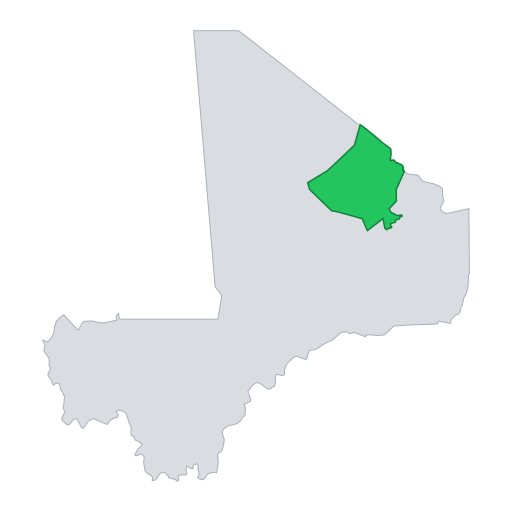 location of Tessalit, Kidal, Mali
{"feature_id": "8926073B10282848961107", "entity_name": "Tessalit", "entity_type": "district", "adm_level": 2, "iso_a3": "MLI", "parent_name": "Mali", "parent_adm1": "Kidal", "projection": "natural_earth1", "projection_center": [1.279, 20.161], "detail": "fine", "context": "in_parent", "style": "filled", "palette": "green", "viewbox_px": 512, "rotation_deg": 0, "n_neighbors": 0, "source": "geoboundaries", "source_scale": "gbopen_adm2", "svg_char_len": 5630}
<svg xmlns="http://www.w3.org/2000/svg" viewBox="0 0 512 512"><path d="M64.7,412.8L64.9,410.6L63.2,409.0L63.1,408.2L64.2,401.6L64.1,399.9L64.9,396.6L63.7,395.1L63.5,394.0L60.8,389.7L60.1,386.0L58.7,383.6L55.5,382.9L54.3,384.9L53.6,385.2L52.4,383.8L52.0,382.5L52.0,381.3L48.0,375.6L48.3,372.6L49.8,370.9L50.5,368.3L49.0,365.3L49.3,362.3L49.1,358.3L46.7,354.7L45.2,353.1L43.8,350.6L45.0,344.9L42.6,340.0L47.2,341.9L49.3,340.1L51.5,337.6L53.3,334.4L54.1,330.3L54.5,326.8L56.4,321.3L58.6,318.7L63.2,314.9L64.4,315.3L71.6,323.4L75.7,327.5L77.2,329.6L78.6,329.7L80.7,325.7L82.9,322.3L83.9,321.4L91.2,320.9L95.1,321.6L98.5,322.6L103.4,322.9L116.2,320.3L116.4,318.7L116.2,316.8L116.8,315.3L117.8,314.0L118.7,313.7L119.1,318.3L120.1,319.0L123.2,319.2L217.8,319.2L221.9,295.3L215.1,286.7L193.6,30.7L238.5,30.7L246.2,36.5L389.8,149.1L390.5,152.7L390.3,157.7L391.4,159.2L393.5,160.9L401.7,165.7L402.3,166.6L402.6,168.6L403.6,171.1L405.3,172.5L407.4,173.5L409.8,174.3L417.3,175.0L418.9,176.2L422.1,180.6L423.8,181.5L433.9,183.9L437.1,185.1L440.7,187.1L442.5,188.9L442.5,195.9L443.9,200.4L443.9,201.6L442.3,203.4L441.9,204.8L440.1,208.4L440.5,209.8L444.0,212.5L445.7,213.3L447.7,213.3L468.9,208.6L469.4,273.7L468.5,274.7L468.1,286.3L466.5,293.1L463.8,298.1L462.1,305.6L461.0,307.0L460.3,311.3L458.7,313.8L456.0,314.8L451.1,319.6L450.7,323.4L439.2,321.3L438.4,321.3L437.9,321.8L437.7,323.9L408.2,325.1L393.7,326.0L384.6,334.8L378.7,335.6L371.3,334.9L367.5,334.8L366.0,335.3L365.8,336.9L354.0,332.4L349.7,333.8L349.0,333.4L348.4,332.4L346.3,331.9L342.9,332.1L340.5,332.8L333.0,339.7L329.0,341.4L321.5,345.6L316.3,349.1L314.4,349.8L311.5,349.9L309.1,350.7L306.9,358.6L305.4,359.4L296.5,356.2L294.7,356.7L293.2,357.6L288.2,362.3L285.7,366.0L284.3,371.0L284.6,374.2L283.7,375.2L281.4,375.5L277.3,374.4L276.0,374.9L275.4,377.3L275.5,382.7L274.5,386.3L272.1,387.4L270.2,388.9L268.7,389.3L267.4,388.9L260.3,383.5L257.8,382.6L255.1,383.2L252.5,385.5L247.9,391.2L248.4,393.2L249.6,395.6L250.5,398.5L250.5,401.1L243.9,404.7L245.4,407.5L245.2,414.9L242.1,418.2L241.0,420.4L238.1,422.8L235.5,424.1L227.5,426.1L224.3,428.4L222.8,430.3L222.4,432.3L222.7,434.7L224.3,439.5L223.7,444.0L222.4,449.1L221.1,451.4L217.4,454.1L217.9,457.4L218.2,462.3L217.6,468.5L216.4,472.7L215.6,472.3L212.0,472.5L208.1,473.8L206.7,474.9L206.4,476.3L203.1,479.7L200.9,479.5L198.9,478.6L197.8,477.7L197.7,477.2L199.0,474.4L199.1,473.5L197.8,468.7L198.1,467.5L197.6,463.9L197.3,463.7L193.0,465.3L192.8,466.0L193.5,468.3L193.0,468.7L191.5,468.6L189.4,467.9L187.1,465.8L186.5,466.4L186.2,468.1L186.1,470.1L186.6,473.7L186.0,475.0L182.4,474.8L179.3,475.3L178.6,476.6L178.2,478.0L178.9,479.6L178.8,480.3L177.5,481.3L177.0,481.2L175.3,479.5L168.6,477.8L168.0,475.3L167.2,475.3L165.1,472.3L164.2,472.4L163.4,472.9L160.9,472.7L158.6,475.3L156.8,478.5L155.0,480.0L152.2,480.7L152.7,478.7L151.8,475.9L146.0,472.4L145.1,470.9L143.7,462.9L143.8,460.6L144.2,458.5L144.1,456.9L143.4,455.6L141.7,454.4L139.9,453.9L137.6,455.5L136.4,455.7L135.4,455.6L134.9,455.1L135.0,454.3L137.5,450.0L138.7,448.2L141.2,446.1L141.9,445.1L141.9,444.3L141.7,443.7L140.1,442.9L137.6,440.9L136.2,440.7L135.1,439.8L133.9,436.7L133.3,436.1L132.1,435.7L131.0,435.0L131.2,427.4L128.8,421.8L126.6,414.6L125.5,412.9L123.5,411.5L121.1,410.5L118.9,410.2L116.4,411.0L116.4,411.7L117.8,414.0L118.0,415.3L117.8,416.5L117.3,417.4L114.0,418.2L109.5,420.8L108.0,423.8L107.0,424.2L105.2,423.8L93.5,418.6L88.5,420.9L85.3,425.4L84.5,426.9L83.0,428.1L82.1,428.2L81.3,427.3L77.9,420.5L76.4,418.9L74.6,418.8L73.0,419.9L71.3,422.2L69.2,424.3L67.9,425.0L66.7,424.6L61.9,420.0L61.7,419.1L63.9,413.7L64.7,412.8Z" fill="#d9dde1" stroke="#a8b0b8" stroke-width="1"/><path d="M367.4,230.6L380.4,220.6L383.0,218.5L384.8,228.2L386.8,229.7L388.4,228.3L390.2,228.1L391.4,227.7L391.8,227.1L390.8,226.0L390.5,223.7L395.4,222.2L395.7,220.2L397.4,219.3L399.4,218.9L400.0,216.9L402.1,216.3L402.1,215.6L401.1,214.9L399.0,215.3L397.3,215.6L396.2,215.3L395.2,214.3L393.8,213.7L391.1,212.5L389.2,208.7L396.4,201.1L396.2,189.7L404.4,171.3L404.3,171.2L404.2,171.1L403.8,170.8L403.6,170.6L403.3,170.3L403.2,170.3L403.3,170.2L403.2,169.8L403.2,169.7L403.3,169.6L403.4,169.4L403.3,169.1L403.2,169.1L403.1,168.9L403.1,168.6L403.2,168.4L403.3,168.3L403.3,168.1L403.4,167.9L403.3,167.7L403.2,167.7L403.0,167.4L403.1,167.2L403.0,166.9L403.0,166.7L403.1,166.4L402.9,166.2L402.7,166.0L402.6,165.8L402.6,165.6L402.3,165.4L402.2,165.3L402.1,165.2L401.9,165.1L401.6,165.0L401.5,164.9L401.4,164.8L401.4,164.7L401.3,164.4L401.2,164.4L400.9,164.3L400.7,164.3L400.6,164.2L400.4,164.1L400.2,164.1L399.8,163.9L399.6,163.9L399.2,163.8L398.8,163.6L398.7,163.5L398.5,163.4L398.3,163.3L398.1,163.2L397.9,163.1L397.6,162.9L397.3,162.8L396.6,162.6L396.4,162.5L396.2,162.7L395.9,162.7L395.7,162.4L395.4,162.2L395.2,162.0L395.0,161.7L394.9,161.4L394.8,161.2L394.8,160.9L394.7,160.7L394.4,160.4L394.2,160.1L393.9,160.1L393.7,160.1L393.3,160.2L393.2,160.3L392.8,160.2L392.7,160.2L392.4,160.3L392.2,160.5L391.8,160.6L391.7,160.6L391.2,160.7L390.9,160.6L390.6,160.6L390.4,160.4L390.3,160.2L390.3,159.9L390.3,159.5L390.3,159.2L390.3,158.5L390.4,158.0L390.5,157.8L390.6,157.3L390.7,156.9L390.7,156.5L390.8,156.0L390.9,155.2L391.0,154.7L391.1,153.9L391.0,153.7L391.0,153.0L391.0,152.4L391.0,152.2L391.0,151.0L390.8,149.8L390.6,148.7L390.4,148.5L389.4,147.8L389.1,147.6L386.1,145.4L383.1,143.2L381.3,141.7L379.6,140.2L377.5,138.3L375.7,136.9L374.0,135.4L371.6,133.5L369.8,132.1L366.8,129.5L363.3,126.9L360.2,124.7L354.4,145.2L337.7,161.1L327.3,170.8L307.7,182.6L309.6,189.5L331.5,210.7L337.5,211.8L356.2,217.0L362.2,218.8L367.4,230.6Z" fill="#22c55e" stroke="#15803d" stroke-width="1.5"/></svg>